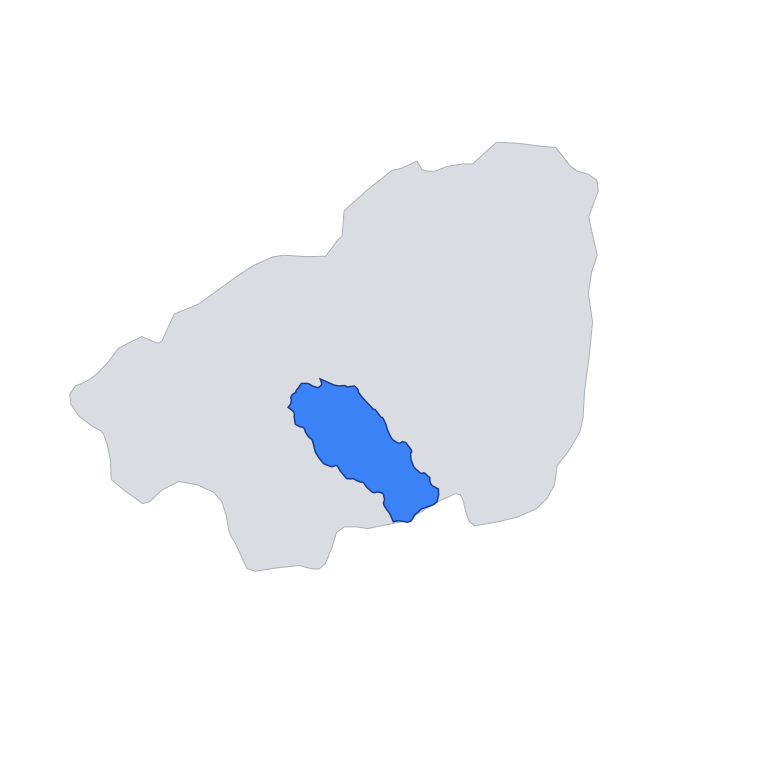 Bumthang highlighted on a map of Bhutan, rotated 151°
{"feature_id": "BTN-2480", "entity_name": "Bumthang", "entity_type": "District", "adm_level": 1, "iso_a3": "BTN", "parent_name": "Bhutan", "parent_adm1": "", "projection": "equal_earth", "projection_center": [90.682, 27.708], "detail": "fine", "context": "in_parent", "style": "filled", "palette": "blue", "viewbox_px": 768, "rotation_deg": 151, "n_neighbors": 0, "source": "natural_earth", "source_scale": "10m", "svg_char_len": 3568}
<svg xmlns="http://www.w3.org/2000/svg" viewBox="0 0 768 768"><g transform="rotate(151 384 384)"><path d="M591.7,326.0L590.7,331.1L585.9,344.8L582.8,359.7L585.5,372.0L596.3,386.5L610.8,398.2L629.2,399.0L646.2,394.6L653.0,396.4L662.3,415.9L668.9,432.7L660.1,450.1L655.3,465.4L653.6,476.2L654.7,480.9L660.2,489.6L666.6,504.6L667.6,518.4L663.6,527.5L654.8,532.0L645.5,530.7L637.8,530.9L628.2,532.5L613.1,537.5L599.1,544.1L572.8,542.9L562.3,529.3L557.3,529.3L533.4,546.9L507.3,543.8L459.9,549.6L440.1,551.0L419.7,549.1L409.4,545.3L390.2,533.0L372.9,524.0L355.2,532.2L349.0,533.7L334.8,554.9L304.1,561.9L273.5,567.0L264.4,564.2L247.2,563.0L246.6,558.0L247.1,553.2L243.2,549.4L236.2,545.4L224.2,543.8L208.8,538.5L199.9,533.5L168.5,540.9L150.2,529.7L129.5,514.4L119.1,507.7L115.4,484.0L111.7,476.4L103.6,468.4L99.1,458.9L102.8,449.2L123.6,431.2L125.3,426.9L135.0,393.3L148.3,381.0L161.5,364.0L171.5,337.1L190.7,309.4L211.8,281.0L226.3,257.9L235.9,247.1L255.6,235.6L272.0,228.8L283.5,213.4L297.2,204.8L311.3,201.0L332.3,203.0L352.0,208.5L373.6,216.2L376.1,222.4L374.2,233.4L371.1,244.5L371.0,250.2L374.3,253.3L395.5,255.4L421.4,253.7L435.9,255.2L468.4,265.5L477.9,272.7L487.8,278.3L497.4,277.3L509.7,265.4L522.6,255.3L530.6,253.7L536.3,257.0L546.6,266.6L568.0,275.6L587.1,282.5L593.3,288.9L591.2,316.7L591.7,326.0Z" fill="#d9dde1" stroke="#a8b0b8" stroke-width="1"/><path d="M395.1,255.1L398.1,254.6L401.0,254.7L412.1,256.6L415.9,255.5L420.0,255.0L425.0,251.8L427.8,251.0L430.5,251.8L437.8,257.5L442.7,259.0L441.9,266.2L441.9,268.5L442.0,270.3L442.6,272.5L442.8,277.9L442.4,279.6L441.9,280.6L440.3,281.8L439.5,282.9L439.0,284.0L438.8,285.6L438.0,287.6L438.2,288.6L438.8,289.8L440.8,291.8L442.0,292.6L443.0,293.1L444.9,293.5L445.8,294.0L446.8,295.3L449.3,302.4L449.7,308.2L452.1,309.6L454.6,312.6L455.9,314.8L456.9,316.1L457.6,316.7L458.8,317.0L459.5,317.3L461.2,318.6L462.3,319.1L462.8,320.6L464.5,329.4L464.5,334.8L464.9,335.5L466.0,336.2L468.7,336.6L469.5,336.8L470.3,337.4L475.0,342.9L475.6,344.5L476.1,346.8L476.8,352.0L477.1,357.3L475.9,362.0L474.3,368.0L474.1,369.5L474.0,370.3L475.6,374.4L476.0,379.8L475.9,381.2L475.4,382.4L475.3,383.3L475.6,384.6L476.5,386.0L478.5,387.7L481.1,391.9L478.5,398.8L477.7,400.1L476.9,401.2L476.6,402.7L476.6,403.8L479.2,410.1L475.8,411.5L475.2,411.8L472.7,414.9L472.2,417.1L471.7,417.7L470.6,418.5L469.3,419.2L465.5,419.4L463.3,421.4L461.3,421.8L456.0,424.6L450.6,421.6L448.5,419.0L448.2,418.0L447.8,417.2L446.3,415.7L444.9,413.9L444.2,413.2L443.2,412.9L442.3,412.8L441.4,412.9L440.3,413.0L439.1,413.8L438.2,414.5L437.4,419.4L428.1,407.2L424.6,404.3L423.3,403.5L421.1,402.7L419.5,401.9L418.6,401.1L417.9,399.7L417.3,399.1L416.7,398.7L414.9,398.3L410.7,396.5L409.4,391.9L410.3,389.1L409.6,383.3L405.6,367.1L404.2,366.1L403.6,363.2L402.9,357.0L402.5,356.3L401.7,355.5L401.5,354.6L401.5,352.9L401.8,350.1L401.8,348.3L402.0,347.0L403.2,342.1L403.7,336.2L403.7,333.5L403.4,331.5L403.1,330.4L402.7,329.6L400.7,326.1L400.2,325.4L399.5,324.9L398.5,324.5L397.6,324.4L396.8,324.5L396.2,324.7L395.7,324.7L395.2,324.2L394.7,323.6L393.3,322.3L392.1,313.3L392.2,312.3L392.7,311.2L393.2,311.3L394.1,310.6L395.2,308.9L397.1,304.6L398.0,298.0L397.8,295.8L397.6,294.5L397.2,293.6L396.8,292.8L396.4,291.9L396.0,290.2L395.8,289.2L395.3,288.3L394.8,287.9L394.3,287.6L392.2,287.0L391.8,286.6L391.4,285.8L390.9,284.3L390.4,282.6L390.0,281.5L389.5,280.7L389.3,280.3L389.4,279.7L389.6,279.3L390.0,278.7L390.5,277.9L390.9,276.7L391.4,274.7L391.4,273.1L391.0,271.5L387.3,265.8L390.0,260.4L395.1,255.1Z" fill="#3b82f6" stroke="#1e3a8a" stroke-width="1.5"/></g></svg>